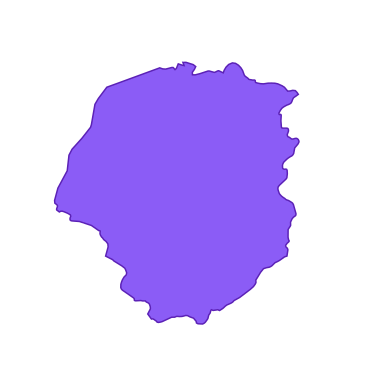 outline of Olancho, rotated 250°
{"feature_id": "HND-642", "entity_name": "Olancho", "entity_type": "Department", "adm_level": 1, "iso_a3": "HND", "parent_name": "Honduras", "parent_adm1": "", "projection": "equal_earth", "projection_center": [-86.074, 14.814], "detail": "fine", "context": "isolated", "style": "filled", "palette": "violet", "viewbox_px": 384, "rotation_deg": 250, "n_neighbors": 0, "source": "natural_earth", "source_scale": "10m", "svg_char_len": 3912}
<svg xmlns="http://www.w3.org/2000/svg" viewBox="0 0 384 384"><g transform="rotate(250 192 192)"><path d="M319.7,204.2L319.4,204.5L317.7,206.6L316.5,209.3L315.9,215.7L315.5,216.8L314.8,217.2L312.8,217.9L313.5,219.6L317.1,222.9L314.3,226.5L313.5,227.8L316.9,227.8L316.7,228.3L315.9,230.7L311.3,236.7L308.6,238.4L306.4,236.2L304.4,233.3L302.0,232.5L301.0,235.0L300.5,239.8L300.2,248.5L299.8,249.6L296.8,253.8L296.7,254.9L297.0,257.5L296.8,258.6L293.3,262.1L295.4,263.9L297.7,266.7L299.3,270.1L299.5,274.1L298.0,276.9L295.3,279.0L292.1,280.4L288.9,281.1L284.1,281.1L282.7,281.5L279.7,283.5L278.5,283.9L277.8,284.9L277.2,286.0L276.3,287.5L276.0,288.7L275.6,289.3L275.1,289.5L273.7,289.2L273.1,289.3L271.9,290.9L270.4,293.4L269.2,296.1L268.3,300.5L267.2,303.8L265.8,307.2L264.3,309.6L261.0,313.0L258.8,314.7L254.1,316.4L253.4,318.7L253.1,321.4L251.9,323.8L249.5,324.8L247.4,325.3L245.8,319.6L245.2,318.9L244.2,317.9L243.2,317.1L241.9,315.8L241.4,314.4L241.2,312.7L241.2,310.7L240.6,307.1L239.9,305.0L238.6,303.1L236.6,300.8L235.5,300.4L234.9,300.6L234.6,301.9L234.2,302.1L233.4,302.0L228.5,299.9L222.4,298.2L221.6,298.3L221.0,299.1L219.5,303.1L218.9,303.8L218.1,304.0L216.4,303.6L215.2,302.7L213.5,301.2L212.2,300.9L211.1,301.1L210.6,301.6L210.1,302.2L209.5,302.6L208.2,303.4L207.7,303.9L207.4,304.6L207.2,305.4L207.1,307.2L206.9,308.0L206.6,308.7L205.9,309.3L205.0,309.8L203.2,309.9L202.4,309.6L200.9,308.1L198.3,303.6L193.4,300.7L192.4,299.5L191.8,298.2L191.6,296.6L191.1,294.3L190.3,292.0L188.7,288.5L187.4,287.0L186.0,286.1L183.7,285.4L183.1,285.4L182.6,285.6L182.2,286.0L181.8,286.6L181.4,288.1L180.9,288.7L179.8,288.8L176.5,287.8L172.9,286.0L172.0,284.8L168.5,276.6L167.4,274.8L166.2,274.0L164.6,273.6L161.3,273.5L159.9,273.7L157.5,274.7L155.6,275.9L154.2,277.0L153.5,277.3L152.7,277.8L152.1,278.4L150.9,279.9L148.0,282.2L147.1,282.7L145.6,283.0L136.1,282.3L134.9,281.8L134.3,281.1L133.6,278.7L133.0,277.6L132.4,276.7L130.0,274.3L127.0,273.3L126.5,272.9L123.9,269.5L116.7,266.8L114.0,266.4L113.1,266.6L112.5,266.4L112.0,265.7L111.3,263.9L110.0,262.0L109.5,261.6L109.0,261.5L107.6,261.7L107.2,262.0L106.8,262.3L105.6,262.4L104.8,262.3L99.3,259.3L99.4,256.8L97.8,251.0L97.4,248.6L97.2,246.0L96.7,244.8L95.4,242.0L95.0,240.4L94.9,238.9L95.4,236.1L95.5,233.0L93.1,229.0L88.7,223.5L87.5,221.9L85.0,221.1L83.8,219.9L82.1,217.4L80.6,213.6L76.6,200.7L75.6,194.4L74.6,192.5L74.2,190.6L73.9,186.0L73.3,184.1L72.5,182.3L72.0,181.0L71.2,177.4L72.5,176.0L73.5,171.3L74.7,170.0L74.5,169.5L74.0,169.0L72.1,167.7L70.6,165.6L67.6,163.6L66.5,162.1L65.1,160.0L64.6,158.8L64.3,156.9L66.1,152.6L66.6,152.1L67.4,151.4L68.0,151.5L69.0,151.7L72.9,150.3L75.4,147.3L77.3,145.6L78.1,144.0L78.2,142.7L78.3,141.6L78.4,140.5L78.7,139.3L79.2,137.7L80.1,135.8L80.4,134.8L80.4,134.2L80.3,133.5L80.3,132.9L81.3,130.0L80.4,119.6L80.5,118.2L80.9,115.9L81.3,115.2L81.8,114.6L82.7,114.4L84.6,113.1L85.1,112.8L86.2,111.8L86.5,110.4L92.5,108.7L96.4,112.9L97.5,113.3L98.9,113.6L101.2,113.6L102.2,113.3L103.0,112.7L104.3,111.4L105.6,110.9L106.5,108.4L107.5,106.8L108.8,102.5L109.2,101.4L109.9,100.8L110.4,100.9L111.0,101.1L111.7,101.2L112.7,100.7L123.6,93.0L125.2,92.4L126.6,92.4L129.6,93.6L131.5,95.0L133.1,96.4L134.3,97.8L135.4,99.2L136.0,100.5L136.4,101.5L137.2,102.3L138.6,103.0L141.7,103.0L143.4,102.8L146.7,100.7L153.9,95.0L155.5,94.3L161.3,88.9L169.1,94.4L172.1,95.2L175.0,94.3L177.4,92.8L179.6,92.2L180.7,91.6L183.0,91.2L184.3,91.3L185.3,91.7L186.2,92.2L187.1,92.2L187.6,91.2L195.0,86.0L202.8,76.1L205.9,69.3L206.5,68.4L207.4,67.9L208.3,68.1L209.2,68.5L210.7,69.8L212.1,69.9L214.6,67.8L217.3,64.9L218.4,63.4L218.8,62.1L218.6,60.5L221.4,58.7L222.0,58.8L222.9,59.3L223.8,60.2L225.0,60.9L226.1,60.7L227.3,60.0L228.4,59.3L231.1,60.0L241.5,67.3L254.6,82.0L268.7,89.0L273.2,93.9L280.1,106.9L287.5,118.8L289.7,120.5L307.6,130.8L311.9,136.0L319.6,147.8L319.6,162.9L319.7,204.1L319.7,204.2Z" fill="#8b5cf6" stroke="#5b21b6" stroke-width="1.5"/></g></svg>